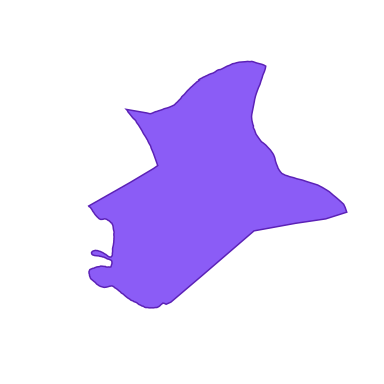 outline of Cap Estate/Mon Du Cap, Gros Islet, Saint Lucia, rotated 235°
{"feature_id": "8701671B34039397692989", "entity_name": "Cap Estate/Mon Du Cap", "entity_type": "district", "adm_level": 2, "iso_a3": "LCA", "parent_name": "Saint Lucia", "parent_adm1": "Gros Islet", "projection": "orthographic", "projection_center": [-60.937, 14.106], "detail": "fine", "context": "isolated", "style": "filled", "palette": "violet", "viewbox_px": 384, "rotation_deg": 235, "n_neighbors": 0, "source": "geoboundaries", "source_scale": "gbopen_adm2", "svg_char_len": 4983}
<svg xmlns="http://www.w3.org/2000/svg" viewBox="0 0 384 384"><g transform="rotate(235 192 192)"><path d="M252.8,324.6L254.9,323.6L256.5,322.5L258.6,320.7L260.7,318.9L263.4,317.0L264.7,315.9L265.5,314.3L267.1,312.4L268.1,310.5L271.3,305.1L272.4,302.4L272.9,300.7L273.8,298.8L274.0,297.2L274.3,295.2L274.9,293.2L275.2,291.0L275.4,289.2L275.7,287.1L276.0,285.5L276.7,284.3L277.1,282.9L277.2,281.6L277.1,280.1L277.3,277.6L278.1,275.1L278.6,272.9L278.7,271.5L279.1,269.8L279.2,268.7L279.6,267.0L279.7,265.2L280.0,263.8L280.0,262.0L279.4,262.1L279.3,260.4L279.4,258.8L279.1,257.3L279.0,255.9L278.8,254.7L278.8,254.2L278.5,252.9L278.5,252.1L278.2,250.0L277.9,248.6L277.7,247.1L277.4,245.6L276.9,243.8L276.3,241.5L276.2,240.3L275.9,238.3L275.0,236.3L274.7,234.3L274.1,231.6L274.0,230.4L273.5,227.7L273.5,227.2L273.7,226.0L273.9,224.7L274.2,223.3L274.6,221.5L275.0,220.1L276.2,216.9L276.4,215.6L276.8,214.0L277.2,212.7L277.8,210.9L278.2,209.3L278.7,208.2L279.0,206.8L279.3,205.1L279.6,203.9L280.0,202.8L280.9,201.8L281.8,201.1L282.9,200.1L297.3,185.6L295.9,185.8L294.2,185.5L292.3,185.7L290.7,185.8L289.2,185.9L287.3,186.0L285.6,186.2L284.3,186.6L282.4,186.8L280.8,186.5L279.5,186.5L277.7,186.6L271.0,186.2L268.2,185.8L266.9,185.7L265.8,185.7L262.9,185.6L261.7,185.4L260.2,185.4L258.5,185.0L256.4,184.7L253.6,184.5L251.2,183.7L249.7,183.4L245.9,182.6L245.2,182.4L233.3,179.1L233.3,174.0L235.3,146.8L239.8,99.3L239.1,99.3L238.5,99.6L237.7,99.9L236.6,99.9L235.6,99.9L234.8,99.9L234.1,99.8L233.2,99.7L232.5,99.7L231.6,99.8L230.6,99.7L230.0,99.7L229.0,99.7L228.1,99.8L226.4,100.0L225.8,100.1L225.0,100.3L224.4,100.4L223.4,100.6L222.9,100.9L222.2,101.2L221.7,101.8L221.3,102.4L220.7,103.5L220.5,104.1L220.2,105.0L219.5,105.7L219.1,106.0L218.4,106.5L217.6,106.8L216.7,107.1L216.3,107.4L215.7,107.7L214.9,107.8L214.0,108.0L213.3,108.0L212.3,108.5L211.6,108.2L210.3,108.1L209.3,107.7L208.3,107.2L207.4,106.7L206.2,106.1L205.1,105.7L204.3,105.4L203.4,104.9L202.7,104.1L202.3,103.8L201.4,103.2L200.4,102.7L199.4,102.0L198.6,101.3L197.7,100.7L196.8,99.9L195.8,99.2L194.7,98.1L193.7,97.2L192.8,96.2L192.0,95.3L191.0,94.3L189.3,93.2L188.5,92.6L187.4,91.5L186.7,91.1L186.3,90.8L185.6,90.0L185.4,89.1L185.2,88.4L185.8,87.4L186.5,86.9L187.5,86.3L188.3,86.2L189.1,85.9L189.7,85.7L190.4,85.6L191.1,85.1L191.6,84.9L192.6,84.5L193.4,84.2L194.4,83.6L195.5,83.0L196.3,82.5L196.7,82.0L197.3,81.6L198.1,81.1L198.9,80.1L199.6,79.4L200.0,78.3L200.3,77.4L200.5,76.4L200.3,75.7L200.1,75.1L199.7,74.7L199.0,74.5L198.4,74.3L197.5,74.5L196.8,75.1L196.0,75.6L195.0,76.7L193.1,79.0L192.0,79.8L191.5,80.5L191.0,80.9L190.0,81.6L189.2,82.5L188.3,82.9L187.8,83.4L187.1,83.6L185.7,84.3L184.7,85.3L183.8,85.8L183.0,86.4L182.0,86.6L181.5,86.7L180.7,86.3L180.0,85.9L179.3,85.4L178.6,84.4L178.1,83.8L177.6,83.1L177.2,82.6L177.7,81.5L178.4,80.8L179.1,79.5L180.0,78.5L180.6,78.4L181.7,77.0L182.4,76.3L182.9,75.6L183.6,74.9L183.9,73.6L184.5,72.4L185.2,71.1L185.4,70.1L185.7,69.4L185.8,68.2L186.2,67.2L186.5,66.7L186.6,65.8L186.7,65.3L186.9,64.7L187.0,64.1L186.9,63.5L186.5,63.0L186.2,62.5L185.9,62.0L184.6,61.1L183.9,60.9L183.3,60.7L182.1,60.0L181.0,59.8L179.8,59.4L178.5,59.4L177.3,59.8L176.2,60.1L175.0,60.4L173.4,60.9L171.5,61.1L171.0,61.2L169.9,61.7L169.1,61.9L168.1,62.4L167.3,62.8L166.7,63.3L165.6,64.2L164.6,65.0L164.1,65.5L163.8,66.2L163.4,66.8L162.9,68.0L162.7,68.5L162.1,70.3L161.9,70.8L161.6,71.4L161.3,72.1L161.0,72.5L160.4,73.0L159.1,73.6L158.3,73.7L157.9,73.8L157.2,74.2L155.6,74.8L153.8,75.3L153.0,75.5L151.5,76.0L149.8,76.2L148.1,77.0L147.3,77.2L146.0,77.5L145.1,77.7L143.0,78.3L141.5,78.8L140.1,79.5L138.4,79.9L137.4,80.6L136.6,81.2L135.6,81.5L134.9,82.0L134.1,82.6L133.1,83.2L132.0,83.5L131.0,83.8L130.1,84.1L129.3,84.7L128.3,85.2L127.2,85.7L126.3,86.6L125.4,86.9L124.7,87.2L124.2,87.6L123.7,88.0L123.4,88.6L123.1,89.0L122.4,89.8L121.7,90.4L121.3,91.0L120.6,92.0L120.0,93.0L119.5,93.5L119.1,94.2L118.7,95.1L118.1,96.2L117.5,97.0L117.3,98.1L117.2,98.8L117.2,100.3L117.3,100.9L117.5,101.4L117.5,102.5L117.6,103.1L117.6,103.9L117.7,104.4L117.1,105.0L116.8,105.3L116.2,105.7L115.7,106.0L114.9,106.4L114.5,108.4L113.9,111.5L117.8,152.8L124.6,220.5L107.0,258.8L93.3,286.1L86.7,307.2L91.5,308.6L95.0,309.2L98.3,308.5L103.7,307.2L109.1,305.7L113.6,304.6L120.1,301.8L125.6,299.0L129.4,296.1L134.3,292.3L138.4,289.3L142.8,285.4L145.3,283.6L146.8,282.3L147.8,281.4L148.9,280.5L150.0,279.8L151.2,278.9L152.1,278.1L154.3,277.0L155.5,276.3L157.7,276.0L160.1,276.0L162.5,276.2L163.2,276.5L166.4,277.2L168.8,277.9L169.9,278.3L172.0,279.2L173.6,279.7L175.9,280.2L177.3,280.3L180.4,280.3L181.4,280.3L185.4,279.7L187.9,279.4L189.8,278.9L191.8,278.3L193.3,277.7L196.5,277.6L200.7,277.6L202.5,277.6L205.0,278.2L206.9,278.8L209.4,279.1L211.0,280.3L212.5,280.6L214.4,281.4L216.4,282.2L218.2,283.2L219.7,284.1L221.3,285.5L231.0,295.6L231.5,296.0L234.3,299.2L236.1,301.6L237.8,304.0L239.3,306.2L241.2,309.4L243.5,312.3L245.1,314.6L247.2,317.2L249.1,320.3L251.0,322.8L252.8,324.6Z" fill="#8b5cf6" stroke="#5b21b6" stroke-width="1.5"/></g></svg>